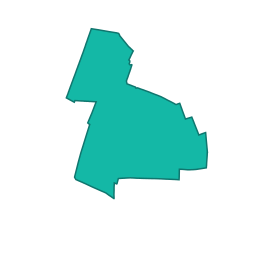 Amaru, Buzau, Romania (orthographic projection), rotated 305°
{"feature_id": "2599482B26041702067150", "entity_name": "Amaru", "entity_type": "district", "adm_level": 2, "iso_a3": "ROU", "parent_name": "Romania", "parent_adm1": "Buzau", "projection": "orthographic", "projection_center": [26.614, 44.929], "detail": "fine", "context": "isolated", "style": "filled", "palette": "teal", "viewbox_px": 256, "rotation_deg": 305, "n_neighbors": 0, "source": "geoboundaries", "source_scale": "gbopen_adm2", "svg_char_len": 4930}
<svg xmlns="http://www.w3.org/2000/svg" viewBox="0 0 256 256"><g transform="rotate(305 128 128)"><path d="M177.9,156.2L176.0,154.8L175.9,154.8L174.9,154.0L174.8,153.9L174.7,153.7L174.6,153.0L174.6,152.1L174.5,151.8L174.5,151.3L174.4,150.7L174.3,150.0L174.1,148.3L173.9,146.9L173.9,146.6L173.6,145.2L173.2,141.8L173.2,141.5L172.7,138.3L172.7,137.9L172.4,136.4L171.8,133.8L171.5,132.6L171.2,131.6L170.2,127.5L170.1,127.1L169.8,125.5L169.7,125.2L169.0,122.5L168.3,120.0L168.2,119.4L167.6,117.4L167.0,115.4L167.0,115.2L166.8,114.5L166.7,114.0L166.5,113.4L166.4,112.9L166.2,112.6L165.2,111.7L165.7,110.9L165.8,110.7L165.3,108.7L165.1,108.1L165.1,107.8L165.0,107.6L164.6,105.7L164.2,104.4L164.1,103.8L163.9,103.1L163.9,102.9L163.8,102.7L163.7,102.4L163.6,101.8L164.3,101.1L165.6,99.7L166.5,99.5L166.7,99.4L167.1,99.3L167.7,99.1L168.2,99.0L168.3,99.0L169.4,98.7L170.8,98.3L171.0,98.2L171.7,98.0L172.4,97.8L173.0,97.7L173.5,97.5L173.7,97.4L174.4,97.3L174.7,97.2L174.9,97.1L175.5,97.0L176.1,96.8L176.3,96.7L177.1,96.5L177.6,96.4L178.1,96.2L178.4,96.1L178.7,96.0L179.3,95.8L181.3,95.2L181.5,95.1L181.9,95.0L182.0,94.9L182.0,94.7L181.8,94.5L181.6,94.3L181.3,94.0L181.2,93.9L181.0,93.7L180.9,93.4L180.9,93.2L181.0,93.0L181.1,92.7L181.1,92.4L181.2,92.2L181.3,92.1L181.5,92.0L181.6,91.9L181.8,91.9L182.1,91.9L182.3,91.9L182.6,91.8L182.9,91.7L183.1,91.6L183.4,91.4L183.5,91.3L183.7,91.2L183.9,91.0L184.1,90.8L184.2,90.6L184.2,90.3L184.2,90.0L184.2,89.6L185.5,89.5L186.1,89.4L187.8,89.1L188.8,88.9L190.4,88.6L190.8,88.6L193.1,88.2L193.5,88.2L193.9,88.1L194.1,88.1L194.1,87.8L194.2,87.3L194.3,86.8L194.5,85.9L194.5,85.4L194.6,84.8L194.7,84.3L194.8,83.8L194.9,83.2L194.9,82.8L194.9,82.5L195.0,82.0L195.1,81.6L195.1,81.4L198.7,68.8L198.8,68.3L199.1,68.0L199.5,67.4L200.0,66.4L200.1,66.0L199.4,64.1L196.1,57.3L191.2,46.9L190.6,45.7L188.3,41.0L188.1,41.1L187.7,41.2L185.9,41.7L184.5,42.1L184.1,42.2L183.7,42.3L183.0,42.5L182.4,42.7L181.1,43.0L180.9,43.1L180.6,43.2L180.4,43.2L180.2,43.3L179.8,43.4L179.4,43.5L179.2,43.6L178.9,43.6L178.1,43.9L177.9,43.9L177.6,44.0L177.4,44.1L177.2,44.1L176.9,44.2L176.5,44.3L176.3,44.4L176.1,44.5L172.9,45.3L170.4,46.1L167.1,47.0L164.0,47.9L160.8,48.7L156.1,50.0L155.9,50.0L155.7,50.1L155.2,50.2L155.0,50.3L154.8,50.3L154.6,50.4L154.4,50.4L154.2,50.5L153.9,50.6L153.7,50.6L153.3,50.7L153.1,50.8L152.9,50.8L152.7,50.9L152.4,51.0L152.0,51.1L151.9,51.1L151.6,51.2L151.3,51.2L151.2,51.3L150.9,51.4L150.7,51.4L150.6,51.5L150.3,51.5L150.2,51.5L149.9,51.6L149.7,51.7L149.4,51.8L149.1,51.8L148.9,51.9L148.6,52.0L148.4,52.0L148.1,52.1L147.8,52.2L147.6,52.2L147.3,52.3L147.0,52.4L146.8,52.4L146.6,52.5L146.1,52.6L145.4,52.8L145.0,52.9L144.7,53.0L144.4,53.1L144.1,53.2L143.8,53.2L143.4,53.4L143.1,53.4L142.9,53.5L140.6,54.1L139.4,54.4L138.9,54.5L138.6,54.6L138.1,54.7L137.7,54.9L137.3,54.9L137.0,55.0L136.6,55.1L136.3,55.2L135.9,55.3L135.6,55.4L133.7,55.9L132.4,56.2L131.4,56.5L130.7,56.7L129.8,56.9L129.6,57.0L129.0,57.1L127.9,57.4L127.6,57.5L126.8,57.7L126.5,57.8L126.2,57.9L125.9,57.9L125.5,58.1L123.5,58.6L123.3,58.6L123.1,58.7L122.8,58.8L122.5,58.9L122.4,58.9L122.2,59.0L121.9,59.1L121.4,59.2L118.0,60.0L117.3,60.2L118.3,69.2L120.0,68.8L121.3,70.8L122.2,72.3L122.8,73.3L123.0,73.7L123.3,74.1L123.4,74.3L124.0,75.2L124.5,76.0L124.8,76.5L124.9,76.8L125.8,78.1L126.2,78.9L126.6,79.4L126.8,79.7L127.1,80.1L127.3,80.6L127.5,80.9L127.7,81.3L128.1,81.9L128.6,82.6L128.8,83.0L129.3,83.8L130.9,86.4L131.2,86.9L123.7,88.8L119.3,89.9L117.8,90.2L109.1,92.1L108.9,93.3L109.0,94.6L99.8,97.5L88.9,101.0L88.0,101.3L87.7,101.4L80.4,103.7L78.5,104.4L75.7,105.4L72.9,106.4L70.7,107.2L66.0,109.0L57.1,112.4L56.8,112.9L55.9,114.9L56.0,115.3L56.5,118.0L56.9,119.7L56.9,120.0L57.4,122.1L57.4,122.5L57.5,123.1L57.8,124.3L58.7,129.5L59.2,132.4L60.2,137.5L61.1,142.1L61.7,144.9L62.1,147.2L62.0,151.7L62.1,152.5L62.1,155.9L62.1,156.9L62.2,157.0L63.1,156.4L65.6,154.5L66.4,154.0L68.7,152.5L71.4,150.6L74.5,148.7L75.1,148.3L75.3,149.1L75.5,150.0L75.6,150.5L75.7,150.8L75.8,150.9L76.1,150.9L76.3,150.8L76.7,150.7L76.9,150.6L77.7,150.3L78.1,150.2L78.7,149.9L79.4,149.7L79.9,149.5L80.3,149.3L81.1,149.1L83.7,152.3L84.5,153.4L85.5,154.6L87.3,156.9L88.2,158.1L88.7,158.7L88.9,159.1L89.3,159.8L89.6,160.1L89.9,160.7L90.8,162.1L92.2,164.4L93.3,166.0L95.3,169.1L98.7,174.2L100.7,177.2L101.8,178.8L103.0,180.6L105.3,184.2L107.3,187.4L108.1,188.7L108.9,189.9L113.4,197.0L114.9,199.5L117.3,198.0L119.8,196.3L122.8,194.3L123.7,193.7L125.3,196.2L127.4,199.8L127.5,200.0L127.7,200.3L127.9,200.7L128.6,201.7L129.1,202.4L130.0,203.6L130.2,203.8L130.9,204.8L133.1,207.5L136.9,211.5L139.9,214.6L140.3,215.0L141.8,214.1L142.4,213.8L144.4,212.5L146.9,211.0L148.6,210.0L150.9,208.6L153.4,207.0L153.5,207.1L163.3,198.8L167.5,195.3L168.7,194.3L168.8,194.2L165.8,192.0L162.9,190.1L170.0,179.3L170.1,179.2L171.1,177.7L173.5,174.0L168.3,169.9L170.7,166.5L172.9,163.3L175.2,160.1L175.8,159.2L177.6,156.7L177.9,156.2Z" fill="#14b8a6" stroke="#0f766e" stroke-width="1.5"/></g></svg>